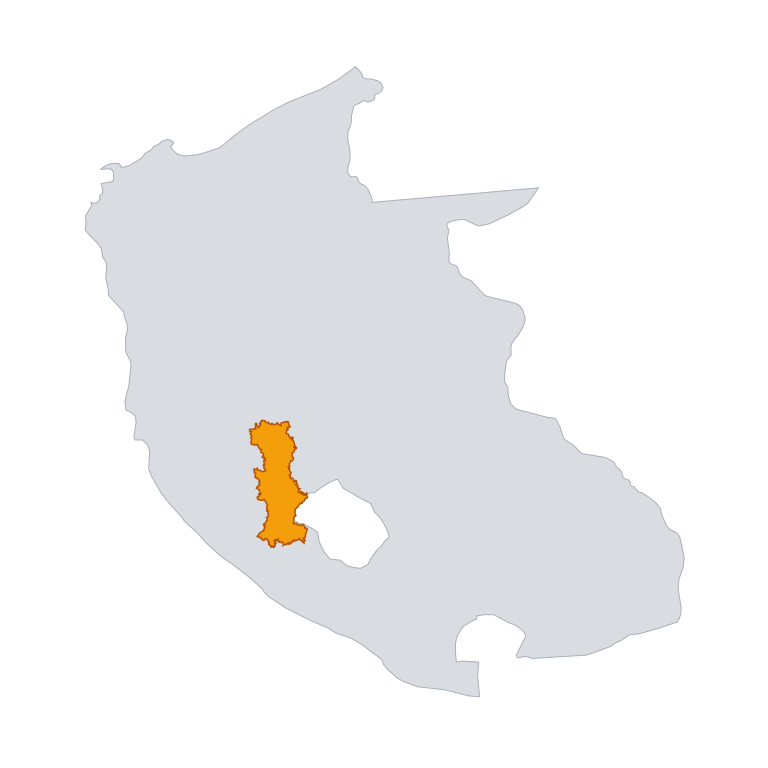 Joe Gqabi, Eastern Cape, South Africa shown in context, rotated 86°
{"feature_id": "47623444B23123045321242", "entity_name": "Joe Gqabi", "entity_type": "district", "adm_level": 2, "iso_a3": "ZAF", "parent_name": "South Africa", "parent_adm1": "Eastern Cape", "projection": "robinson", "projection_center": [27.656, -30.899], "detail": "fine", "context": "in_parent", "style": "filled", "palette": "amber", "viewbox_px": 768, "rotation_deg": 86, "n_neighbors": 0, "source": "geoboundaries", "source_scale": "gbopen_adm2", "svg_char_len": 9784}
<svg xmlns="http://www.w3.org/2000/svg" viewBox="0 0 768 768"><g transform="rotate(86 384 384)"><path d="M557.1,99.6L578.1,96.6L587.5,98.3L598.8,103.2L609.4,104.9L627.3,103.2L633.5,103.9L638.3,105.6L641.9,108.2L646.9,127.5L651.2,148.1L651.1,154.8L651.7,157.4L656.7,166.1L658.6,171.6L661.5,176.0L667.9,198.0L668.6,201.8L668.1,255.1L665.6,261.6L666.6,269.9L663.6,271.0L645.9,260.3L642.7,260.7L637.7,264.7L633.0,271.0L630.8,276.3L621.8,290.7L621.1,299.8L621.8,307.6L624.8,307.9L626.9,313.5L631.7,322.4L639.8,328.2L647.4,330.8L658.0,331.4L666.4,331.2L665.9,325.2L668.0,309.0L681.9,311.0L702.6,310.5L701.1,321.0L693.3,344.9L688.3,371.9L682.0,385.5L678.4,391.1L668.3,401.0L663.1,404.3L658.7,405.4L641.4,425.5L634.9,435.2L629.1,449.3L623.4,457.0L615.0,473.5L600.4,497.9L588.1,513.9L582.6,518.5L579.0,520.6L569.3,529.9L555.6,544.9L545.1,558.1L529.5,573.1L520.5,579.7L507.0,592.6L503.3,594.6L488.1,606.6L477.2,613.9L459.6,622.4L452.6,624.7L435.8,622.5L428.8,623.7L423.0,628.8L422.5,636.2L420.1,637.3L404.7,633.9L398.4,634.5L394.7,638.4L391.8,643.3L383.0,643.6L367.3,638.5L348.8,635.3L344.5,635.0L335.6,638.8L332.5,639.4L319.5,638.5L312.2,636.1L305.3,636.1L300.0,638.1L293.6,638.8L276.5,652.6L267.6,652.6L259.9,654.2L246.2,652.4L242.1,653.2L238.1,655.7L228.8,656.7L225.3,658.8L209.8,671.4L203.3,670.1L195.2,669.9L185.8,663.2L182.3,663.6L183.2,661.6L183.4,658.1L180.0,654.4L176.4,654.6L174.4,651.6L168.8,651.3L164.3,652.2L163.1,640.6L160.9,639.4L155.3,639.2L152.6,639.6L151.4,640.6L150.0,643.3L150.2,651.4L148.2,649.1L145.8,644.2L145.0,639.0L145.6,632.9L149.7,630.6L148.3,622.8L141.4,609.4L137.3,606.5L134.0,599.6L130.8,597.1L129.3,592.3L126.2,588.4L125.0,582.3L126.5,578.8L129.1,576.9L132.0,580.0L135.3,578.8L140.0,574.4L142.6,567.7L142.5,557.0L141.6,550.3L137.3,533.0L135.3,529.0L126.3,516.7L115.8,500.1L102.3,474.0L95.7,458.3L85.7,426.6L77.1,408.7L66.7,392.0L65.4,390.9L66.8,388.9L72.1,385.0L74.5,384.0L75.9,384.4L77.1,383.4L78.3,380.8L79.0,374.8L81.4,368.6L83.5,366.0L88.3,364.2L91.9,366.5L93.5,368.8L94.2,371.8L95.8,373.3L98.4,373.2L100.2,375.1L101.4,378.9L101.2,381.6L99.8,383.3L100.1,385.6L102.0,388.4L104.2,394.6L114.0,397.7L119.5,398.1L124.7,399.7L129.7,402.4L137.7,403.1L148.9,401.7L158.1,402.3L165.4,405.0L170.7,405.5L173.9,403.8L175.3,401.4L174.8,398.2L176.4,396.2L180.0,395.3L182.9,392.9L185.0,388.9L190.1,385.7L198.0,383.2L202.0,383.3L199.1,216.2L213.5,227.7L216.9,233.1L224.1,248.7L231.6,268.0L232.9,277.3L232.7,279.4L225.5,292.0L225.4,298.3L226.3,305.6L228.1,309.3L230.2,310.5L235.3,308.6L243.1,310.6L258.0,309.7L265.5,310.7L267.4,310.1L269.0,308.5L270.9,304.1L272.6,302.7L279.5,300.8L282.6,298.2L287.4,289.5L302.1,277.9L303.7,275.1L312.7,247.2L315.5,243.2L319.6,240.6L327.8,238.5L332.6,239.6L337.8,242.0L343.6,246.1L352.4,253.7L355.4,254.8L364.1,255.2L369.5,260.2L385.8,263.5L390.5,263.4L395.6,260.7L403.9,260.8L412.9,258.9L418.4,253.9L428.7,223.4L429.9,216.7L431.0,214.9L439.6,211.4L450.0,208.8L452.1,207.4L458.6,198.9L467.1,191.9L473.0,167.5L476.9,161.7L479.3,159.3L480.8,159.2L483.0,157.7L485.8,154.7L489.2,152.9L493.1,152.2L495.6,150.2L496.7,146.9L498.7,145.3L501.6,145.4L503.2,144.4L503.6,142.2L510.0,137.0L510.2,134.8L513.8,129.7L521.0,121.5L527.7,116.9L534.1,116.0L545.7,111.8L549.9,107.9L552.6,102.6L557.1,99.6ZM536.9,459.6L547.2,455.5L554.9,450.1L556.6,440.2L562.5,434.1L564.6,428.4L566.3,420.6L562.8,412.4L558.1,410.0L549.4,402.9L545.7,398.1L540.5,394.1L536.8,389.3L530.8,390.8L521.5,394.7L515.8,398.3L511.0,402.5L502.3,405.6L494.2,419.0L491.6,422.1L485.3,431.9L476.1,436.7L475.9,438.5L479.0,446.5L483.2,454.5L487.6,461.0L487.4,465.0L488.9,468.1L492.9,470.3L499.6,478.4L503.0,481.0L513.2,483.0L514.6,482.5L517.4,477.6L517.8,474.2L524.6,463.7L527.6,460.5L536.9,459.6Z" fill="#d9dde1" stroke="#a8b0b8" stroke-width="1"/><path d="M522.8,470.8L522.2,472.2L522.4,472.8L521.7,472.5L521.3,473.3L519.6,473.6L518.5,474.9L518.4,475.2L519.4,476.1L519.4,476.6L519.1,476.9L519.3,477.6L518.5,478.5L518.8,479.1L518.3,480.3L516.8,481.0L517.2,483.7L516.8,484.5L515.7,483.5L512.6,483.7L512.1,483.4L511.6,483.5L510.2,483.1L509.9,482.3L509.4,482.0L509.5,481.5L509.2,481.1L508.2,481.3L507.9,481.7L504.6,481.9L502.5,481.2L501.6,479.6L500.7,479.2L500.6,478.4L498.0,476.8L497.8,476.2L497.4,476.3L497.6,475.5L497.0,474.6L497.2,474.1L495.8,474.0L495.7,473.5L496.0,473.3L495.3,472.0L494.5,471.2L493.5,471.4L493.3,470.7L492.8,470.7L492.8,470.3L492.2,469.9L492.3,468.4L491.6,468.0L489.1,469.2L488.7,469.1L488.5,468.6L487.9,468.5L487.4,468.8L488.1,469.2L487.9,469.9L488.3,470.8L488.5,470.8L488.7,470.1L489.2,470.2L489.5,471.6L488.5,472.4L487.0,471.9L486.5,473.0L487.1,473.4L487.9,473.1L488.2,473.6L487.0,474.3L485.5,473.9L485.4,474.8L486.6,475.7L485.5,476.3L485.4,477.1L484.9,476.6L483.6,476.6L483.4,475.7L483.2,475.6L482.9,475.8L482.8,476.9L482.4,476.9L482.2,475.9L481.9,476.8L481.1,477.6L480.5,477.1L479.0,477.0L478.9,477.2L479.3,478.0L478.1,479.2L477.5,478.7L477.3,477.8L474.2,478.2L474.0,478.9L474.7,479.3L475.0,480.1L475.6,480.2L475.3,481.1L474.5,481.3L474.0,480.8L472.0,481.4L471.3,482.2L472.0,483.7L470.3,484.2L469.3,483.8L469.2,484.6L468.7,484.9L468.0,484.8L467.8,484.2L466.5,482.8L465.4,483.2L464.4,484.1L463.4,484.1L462.6,485.0L461.9,485.0L461.5,484.1L460.7,485.1L459.7,485.3L459.6,484.8L460.0,484.4L459.7,483.9L457.0,484.0L454.9,482.5L454.1,482.4L454.3,480.8L452.8,479.7L451.6,479.5L450.5,480.2L449.8,480.2L449.2,480.8L447.7,480.3L446.3,480.6L446.3,480.1L445.7,479.5L445.6,478.5L443.1,477.9L443.0,476.7L441.7,475.7L441.1,475.8L440.5,476.5L441.2,477.3L441.2,478.1L441.0,478.3L440.0,478.1L439.2,477.2L434.6,478.2L433.3,479.1L433.2,480.1L432.8,480.4L432.5,480.2L432.6,479.4L431.8,478.5L431.1,478.5L430.6,479.3L431.3,480.9L431.3,481.5L430.1,481.6L429.6,482.6L427.5,482.7L427.1,483.3L426.9,484.8L426.4,485.1L423.7,484.5L423.2,484.1L423.4,483.2L423.0,482.9L421.7,483.7L420.7,483.6L420.5,483.3L421.1,482.2L420.0,480.6L418.7,481.8L417.2,481.7L415.3,482.6L415.0,482.1L414.6,482.7L414.7,483.7L415.2,484.4L414.8,484.8L415.0,486.0L414.8,486.6L415.4,486.9L415.6,489.2L416.5,489.4L417.3,490.0L418.2,489.7L417.2,491.7L415.8,492.4L415.2,493.3L417.0,494.8L416.5,496.2L416.8,497.2L415.4,498.5L415.8,499.5L416.4,499.6L415.9,500.9L415.0,501.7L414.0,502.0L414.6,502.8L414.3,503.8L413.2,505.3L412.5,505.2L412.3,505.5L411.7,508.3L412.1,509.1L412.6,508.8L414.1,509.7L413.9,510.0L414.5,510.9L415.1,510.9L415.7,510.0L416.3,509.9L416.2,510.3L417.3,511.4L418.7,511.9L417.1,513.6L416.4,513.8L415.5,513.5L414.3,514.4L415.1,515.2L416.9,515.0L419.0,515.5L419.7,514.9L420.0,518.3L419.7,519.3L420.0,521.3L421.0,520.8L421.7,521.1L421.6,520.8L422.2,520.4L422.3,519.6L422.9,520.2L423.9,520.1L424.4,520.8L425.1,520.8L425.5,519.9L426.8,519.4L428.6,520.3L428.5,520.5L430.2,519.9L432.7,520.7L434.4,520.9L435.4,519.0L435.2,518.5L435.7,517.9L435.9,516.6L435.6,514.5L436.2,514.1L436.9,514.3L440.3,512.6L440.8,510.7L441.9,511.3L443.5,511.8L444.7,509.4L447.1,509.1L447.1,509.8L448.6,510.6L449.0,509.1L449.4,509.3L449.5,509.1L449.3,508.8L449.4,508.2L449.9,507.6L450.2,507.8L452.0,507.6L451.5,508.6L452.0,509.4L456.1,508.7L455.9,509.5L457.1,510.1L457.8,509.2L459.8,509.7L462.1,508.0L462.7,508.9L462.9,511.8L461.3,513.9L461.4,515.3L461.1,516.2L459.2,516.2L459.8,517.7L460.0,519.9L461.8,519.2L462.5,519.8L463.7,519.5L464.2,518.2L466.6,518.9L468.2,519.1L468.5,518.0L469.6,517.3L469.5,516.4L471.5,514.9L472.6,515.7L473.2,514.7L474.7,515.7L475.9,514.9L476.6,515.7L476.5,516.2L477.4,517.3L477.9,517.1L478.5,518.4L479.1,518.6L480.8,516.0L484.6,514.7L484.9,516.6L485.4,516.3L485.2,515.4L485.7,515.0L486.4,516.5L486.9,516.6L487.0,516.3L487.3,516.5L488.0,518.4L488.9,518.1L489.7,518.3L491.1,516.4L491.6,512.9L490.7,511.9L491.4,510.9L492.9,510.7L494.2,509.6L495.2,509.7L495.9,508.7L497.3,508.9L498.0,509.4L500.2,509.6L501.3,509.1L501.2,509.7L502.3,509.9L502.9,509.3L503.2,508.5L504.2,508.5L505.1,509.0L505.3,508.7L507.5,508.5L508.7,509.6L508.8,510.5L509.8,509.9L512.0,510.2L512.3,510.9L513.1,511.0L514.4,512.3L515.5,514.0L516.3,513.5L516.7,512.5L517.1,512.9L518.1,512.9L517.9,513.4L519.1,513.1L520.0,513.6L520.7,513.5L521.2,514.2L522.2,514.4L522.1,515.5L523.2,517.0L523.7,518.2L524.8,518.7L525.1,519.6L526.4,520.3L527.1,521.1L527.7,520.5L528.0,518.7L528.8,518.4L528.9,517.6L529.5,517.3L529.5,516.8L530.2,516.9L531.0,516.3L531.6,515.1L531.4,514.1L530.5,514.0L529.8,513.0L530.3,512.8L530.3,512.0L530.6,511.5L530.9,511.6L531.5,510.6L532.0,510.6L532.2,510.3L532.8,510.6L533.4,510.0L533.9,510.1L533.8,509.8L534.3,509.9L534.4,510.2L534.8,510.2L534.8,509.8L535.4,510.1L535.8,510.0L536.0,509.7L536.3,510.0L536.5,509.6L536.3,509.3L537.3,508.7L537.6,508.4L537.5,508.1L538.2,507.6L538.5,508.3L539.0,508.2L538.6,507.4L538.8,506.7L538.0,506.8L538.4,505.3L539.3,505.1L539.1,504.7L538.5,504.4L538.2,504.7L537.5,504.4L537.6,504.1L537.1,503.8L535.8,503.9L535.9,503.6L535.6,503.2L535.2,504.1L534.6,503.7L534.6,504.0L534.0,504.0L534.0,503.1L533.2,503.3L533.0,504.1L532.4,504.4L532.2,504.2L532.5,503.9L532.5,503.2L532.1,503.1L532.4,502.4L531.5,501.9L531.3,501.1L531.4,500.7L531.9,501.5L533.1,501.7L532.6,501.5L534.0,500.0L533.5,499.7L533.6,499.0L534.5,499.1L535.0,497.7L534.6,497.0L534.8,496.1L537.0,495.6L537.9,495.9L537.5,495.3L537.4,493.8L536.6,492.3L537.2,492.0L536.3,490.9L536.7,490.6L535.7,490.4L537.1,488.7L536.6,488.1L535.8,488.1L536.0,487.8L535.4,487.2L535.6,486.9L535.2,486.1L534.0,486.0L534.1,485.7L533.6,485.2L533.8,484.8L533.3,484.0L534.3,483.8L533.9,483.4L534.0,482.0L533.7,481.9L533.3,480.5L532.2,479.6L532.7,478.7L533.5,478.7L533.4,478.4L534.1,477.3L534.5,477.5L534.6,477.2L534.2,477.0L534.4,476.3L535.4,476.2L535.1,475.9L536.5,475.4L535.9,476.1L536.3,475.9L536.6,475.3L536.2,475.2L536.1,474.8L535.8,475.0L535.1,474.4L534.6,473.6L533.3,474.3L533.0,475.1L532.0,475.1L532.0,474.1L531.0,473.0L529.7,473.2L529.3,472.8L528.5,472.8L527.7,472.1L527.3,472.2L525.7,471.8L524.0,470.7L522.8,470.8Z" fill="#f59e0b" stroke="#b45309" stroke-width="1.5"/></g></svg>